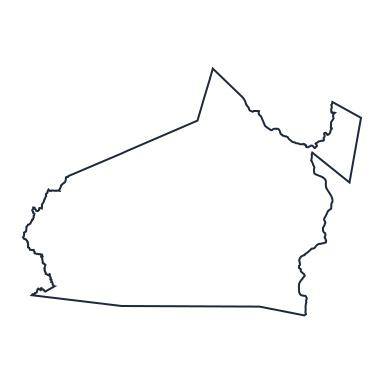 Los Andes, Salta, Argentina
{"feature_id": "61730980B96224963686238", "entity_name": "Los Andes", "entity_type": "district", "adm_level": 2, "iso_a3": "ARG", "parent_name": "Argentina", "parent_adm1": "Salta", "projection": "mercator", "projection_center": [-68.208, -24.497], "detail": "fine", "context": "isolated", "style": "outline", "palette": "slate", "viewbox_px": 384, "rotation_deg": 0, "n_neighbors": 0, "source": "geoboundaries", "source_scale": "gbopen_adm2", "svg_char_len": 5881}
<svg xmlns="http://www.w3.org/2000/svg" viewBox="0 0 384 384"><path d="M299.1,292.1L298.9,286.0L299.1,284.1L299.5,282.8L301.0,280.4L302.5,278.7L302.9,277.9L303.8,276.8L304.5,276.3L304.7,275.9L304.6,275.2L303.9,274.0L303.2,273.6L302.4,272.7L301.3,271.9L300.8,271.2L300.8,269.7L300.7,269.1L299.1,268.1L298.9,267.5L299.1,265.8L299.8,265.1L300.0,264.3L299.7,262.8L299.7,261.9L299.1,260.5L299.6,259.1L299.9,258.2L301.0,256.7L303.7,255.2L304.3,255.2L304.7,254.9L305.3,253.9L307.1,252.8L308.9,251.3L311.6,248.7L313.8,248.4L314.5,247.9L315.5,246.8L316.8,245.1L318.4,244.1L319.4,243.8L320.4,243.8L320.7,243.9L321.6,243.5L323.8,243.1L325.0,242.6L325.7,242.6L326.1,241.9L326.1,240.3L325.7,240.0L325.4,238.5L325.2,238.1L324.8,237.9L324.6,237.3L324.9,236.3L325.4,235.5L325.4,234.3L325.1,233.2L324.0,232.5L323.3,231.4L323.0,230.2L323.0,227.8L324.4,225.5L325.0,223.4L325.4,222.8L324.8,221.2L324.1,219.8L324.2,218.9L324.5,217.9L325.5,216.4L328.1,210.9L331.2,208.6L331.4,203.5L332.4,202.0L332.5,200.1L332.1,198.1L331.2,195.9L326.4,188.2L325.8,185.7L325.9,181.2L325.8,180.7L325.1,179.4L323.8,178.1L322.5,177.1L315.6,174.3L314.6,173.7L314.3,173.2L313.9,170.2L314.1,168.5L314.4,167.6L314.2,166.8L313.2,164.9L312.5,162.7L311.9,161.8L311.8,161.1L311.2,160.6L311.8,157.5L311.9,155.8L311.7,155.2L311.7,154.5L312.0,153.5L312.3,152.6L349.5,182.5L361.0,117.8L332.4,102.0L332.0,104.0L331.3,104.9L331.9,107.2L331.2,109.1L331.3,109.4L331.2,110.9L331.3,111.3L331.7,111.5L331.8,112.1L331.5,112.4L331.8,112.8L333.0,112.9L333.6,112.6L334.9,112.8L333.7,114.0L333.1,115.1L333.1,116.4L333.6,118.4L332.4,120.4L331.4,121.6L331.1,122.4L331.0,124.1L331.1,124.7L330.8,127.6L330.9,128.0L331.8,128.3L331.8,128.9L330.7,130.1L330.3,131.5L330.3,132.2L330.1,132.7L329.2,134.0L328.7,134.4L327.5,134.9L327.1,134.6L326.9,134.0L326.2,133.1L325.8,132.8L324.9,132.9L324.4,133.1L324.1,133.5L324.1,134.2L324.5,134.9L324.7,136.2L324.4,136.9L323.7,137.8L323.6,138.2L323.8,139.1L323.9,140.0L323.5,140.5L322.9,140.8L321.5,140.7L320.5,141.1L318.8,141.4L316.7,143.0L316.1,143.1L315.6,143.5L315.8,144.1L316.4,144.7L317.0,145.8L316.5,146.6L316.0,147.0L315.5,147.1L315.0,148.0L314.5,147.9L313.9,147.4L313.2,146.4L312.6,145.8L311.8,145.6L310.9,145.6L310.1,146.2L308.0,147.2L306.5,147.2L306.1,146.6L306.3,145.8L306.1,145.4L305.8,145.0L304.6,144.8L304.6,144.2L304.4,144.1L303.3,143.9L302.5,144.3L299.9,144.2L298.1,143.4L295.9,143.2L294.6,142.3L292.9,142.1L292.2,141.8L291.2,140.8L289.4,139.5L287.6,137.1L286.1,136.4L284.7,136.3L283.6,135.7L282.7,135.6L281.9,134.7L281.5,134.6L280.9,134.1L280.6,133.6L280.1,132.3L279.9,131.3L279.2,130.0L278.9,129.5L278.2,129.0L277.3,128.7L276.2,128.9L275.8,128.7L274.1,128.8L272.8,129.4L272.5,129.8L272.0,130.1L271.0,130.1L267.2,127.6L265.4,126.2L265.0,125.8L261.2,116.7L260.3,115.6L259.7,115.3L258.8,113.9L258.6,112.9L258.7,112.3L259.0,111.7L259.1,111.2L258.0,111.0L253.8,111.0L252.8,111.7L251.1,111.1L249.8,110.4L249.4,109.9L248.8,108.6L248.6,107.5L247.6,106.5L246.9,105.3L246.3,104.8L245.1,101.1L244.3,99.7L243.0,97.7L212.8,68.6L209.5,80.2L205.1,94.7L197.5,120.6L126.5,151.2L122.0,153.3L68.3,176.1L68.2,176.7L67.8,177.0L66.6,177.0L66.1,177.2L65.9,177.5L65.8,179.8L65.5,180.5L65.5,181.0L65.1,182.1L64.0,182.8L63.7,183.3L62.7,183.7L61.8,185.0L61.1,185.3L60.8,186.0L60.9,186.6L60.7,187.2L60.0,188.4L59.8,189.3L59.2,189.8L59.3,190.4L59.5,190.8L57.5,190.5L56.2,190.9L55.9,190.6L54.8,190.8L52.2,190.4L51.4,190.9L51.1,190.7L49.9,190.9L49.3,190.3L48.7,190.0L48.5,189.6L48.4,189.7L47.4,192.0L47.5,192.6L47.4,192.9L46.2,193.7L46.2,194.0L46.0,194.3L45.8,194.9L46.2,195.8L46.2,196.1L45.8,196.5L45.1,198.2L44.6,198.7L44.7,199.4L44.2,200.0L43.7,201.9L43.0,203.1L42.1,204.1L42.2,204.5L41.9,205.2L42.0,207.2L41.6,207.3L41.4,207.7L41.5,208.0L41.8,208.2L41.8,208.5L39.5,208.0L39.0,209.1L38.9,210.2L37.9,211.0L37.2,211.1L36.1,210.7L35.9,210.0L35.5,209.4L34.9,208.9L34.6,207.7L34.1,207.5L33.3,207.5L33.5,208.1L33.3,208.7L32.6,209.4L32.2,210.3L32.5,211.0L33.0,211.5L32.9,211.9L33.3,212.4L33.2,212.9L33.6,213.3L34.4,213.7L34.2,215.1L33.5,216.0L33.8,217.1L33.7,217.6L33.3,218.1L33.1,219.2L32.3,219.4L31.9,220.1L32.1,220.5L30.6,222.7L30.5,223.5L29.4,224.3L27.8,224.8L27.4,226.0L26.5,226.6L26.5,227.1L26.3,227.5L26.5,228.6L26.2,229.6L26.2,231.1L25.6,231.8L24.5,232.2L24.0,232.6L24.2,233.7L23.9,236.0L23.0,237.4L23.9,238.3L23.9,238.7L24.3,239.0L25.2,239.1L25.9,239.4L26.0,239.8L27.3,241.0L27.5,241.5L27.4,241.8L27.4,242.2L27.9,242.4L28.0,242.7L27.9,243.7L28.1,244.4L28.1,245.0L27.9,245.4L28.2,245.9L28.0,247.3L29.3,247.9L29.9,249.7L31.5,250.0L32.3,249.9L33.0,250.2L33.7,250.0L33.8,250.3L34.0,251.2L34.6,251.9L34.4,252.9L34.9,253.3L35.4,253.4L36.7,253.9L37.6,253.8L38.9,254.3L40.0,254.0L40.7,254.7L41.8,254.5L42.1,254.6L42.0,255.2L42.3,255.9L41.9,255.8L41.1,256.7L42.3,258.3L42.2,259.5L42.5,260.0L42.6,260.6L42.7,261.8L42.6,262.5L42.9,263.3L43.2,263.4L43.5,263.3L43.9,263.4L44.2,264.0L44.6,264.1L45.5,265.0L44.9,266.3L44.6,267.9L44.3,268.3L44.4,268.6L44.8,269.0L44.5,269.4L44.5,270.1L44.9,270.5L44.9,271.7L45.6,272.3L45.8,272.7L45.7,273.9L46.9,274.3L48.1,275.1L49.6,274.1L50.0,274.9L49.5,275.5L49.6,275.8L50.0,276.7L50.7,277.4L50.9,278.4L50.4,278.9L50.3,279.3L50.6,279.7L51.2,279.7L51.6,280.0L51.3,281.9L51.8,281.8L52.1,282.0L52.7,283.4L52.6,284.6L53.1,285.3L53.6,285.5L54.0,286.2L54.5,286.3L45.2,291.6L44.4,290.7L44.1,290.6L44.0,290.2L43.3,289.9L43.2,289.4L42.2,289.3L41.8,289.5L41.7,288.9L41.4,288.5L41.4,288.2L40.9,288.3L40.9,288.7L40.5,289.1L40.6,289.5L40.3,289.9L39.9,289.3L39.0,289.2L38.3,288.6L37.5,289.4L37.5,289.9L37.1,290.7L36.9,291.9L36.7,292.4L35.7,293.0L35.0,293.1L35.0,293.4L34.5,293.8L34.4,294.3L32.6,294.2L31.7,295.2L121.6,306.0L259.5,306.6L304.3,315.4L306.0,314.1L305.4,312.4L305.7,309.4L305.5,306.8L305.9,303.7L306.3,302.2L306.1,301.0L306.3,299.9L306.7,299.1L306.7,298.0L306.4,297.6L305.8,296.2L305.3,295.9L303.4,295.7L301.9,295.4L300.6,294.8L300.1,294.2L299.1,292.1Z" fill="none" stroke="#1e293b" stroke-width="2"/></svg>